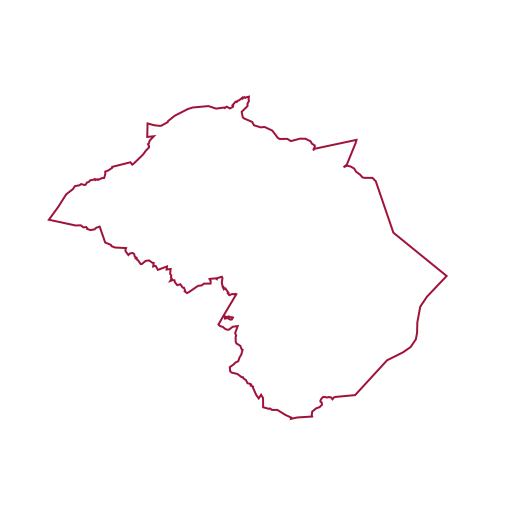 outline of Athlone Lea-5, Westmeath, Ireland, rotated 145°
{"feature_id": "5873133B82984950591493", "entity_name": "Athlone Lea-5", "entity_type": "district", "adm_level": 2, "iso_a3": "IRL", "parent_name": "Ireland", "parent_adm1": "Westmeath", "projection": "natural_earth1", "projection_center": [-7.834, 53.445], "detail": "fine", "context": "isolated", "style": "outline", "palette": "rose", "viewbox_px": 512, "rotation_deg": 145, "n_neighbors": 0, "source": "geoboundaries", "source_scale": "gbopen_adm2", "svg_char_len": 3459}
<svg xmlns="http://www.w3.org/2000/svg" viewBox="0 0 512 512"><g transform="rotate(145 256 256)"><path d="M404.9,404.5L386.3,384.5L381.9,381.6L381.0,378.5L378.5,377.1L378.3,375.6L378.8,375.0L376.7,372.2L372.9,370.4L370.6,370.8L367.2,369.7L371.8,353.6L368.5,348.3L368.7,346.9L366.7,343.9L357.9,337.0L359.7,335.7L360.1,334.5L360.0,330.0L357.7,330.4L355.2,329.1L354.7,327.3L355.6,325.4L355.2,323.9L355.8,323.4L354.9,322.8L355.7,321.8L355.1,320.3L355.1,315.5L353.8,314.9L349.3,315.3L346.2,313.8L344.7,309.8L343.8,309.0L346.2,306.4L344.4,305.9L343.9,305.1L344.3,300.9L334.9,298.5L337.0,296.2L333.4,294.3L336.6,290.6L336.5,288.7L338.1,287.0L338.0,285.8L340.5,284.7L337.9,284.0L336.7,282.8L337.5,281.1L337.2,277.2L334.2,276.3L334.2,272.2L333.2,271.3L333.8,268.7L334.7,268.1L333.8,265.2L331.4,264.9L320.5,264.8L317.5,263.1L314.4,263.2L309.1,259.5L307.5,261.4L307.3,263.8L306.9,263.7L302.0,260.9L301.4,259.5L300.7,260.2L295.9,258.6L296.1,257.2L299.3,253.8L300.6,250.8L300.4,249.9L301.1,249.7L301.4,247.2L299.8,247.5L299.7,247.2L299.7,241.6L300.5,241.6L300.3,239.2L297.2,238.5L296.3,237.4L294.6,236.9L294.0,236.0L316.9,225.7L315.1,222.8L312.9,222.1L312.1,220.5L310.6,219.5L310.2,218.8L311.9,218.0L312.4,217.9L313.7,218.8L314.9,221.5L317.3,222.5L316.7,223.8L317.3,225.5L326.1,221.4L325.6,219.1L323.8,216.9L323.0,213.7L321.3,211.6L320.0,211.2L315.7,211.4L311.2,209.1L317.3,204.8L318.0,202.0L319.1,201.4L321.8,197.4L322.2,195.6L320.4,191.5L321.3,187.6L320.8,186.9L324.4,183.8L327.9,182.2L330.9,180.0L334.0,180.5L336.5,180.0L341.2,180.0L343.2,176.5L342.9,174.6L338.9,170.0L337.3,165.1L336.2,164.1L336.5,163.2L335.4,159.9L335.9,156.6L333.8,154.2L333.7,153.4L334.7,152.8L333.3,150.7L334.0,149.8L335.5,142.2L335.5,137.8L331.4,139.4L331.7,135.6L336.9,128.0L333.1,123.4L331.9,123.0L331.2,120.7L326.8,117.7L323.1,109.0L319.8,103.4L320.8,102.6L314.7,100.0L302.1,92.3L301.6,93.7L299.2,96.3L293.9,96.7L290.7,95.7L287.3,96.3L286.2,98.3L286.8,99.5L286.2,100.6L283.9,101.7L281.6,102.0L278.6,99.1L277.4,98.8L275.8,97.4L275.5,94.8L273.5,95.5L271.6,94.9L254.6,85.2L208.4,95.4L191.0,92.8L181.7,92.7L172.8,96.1L168.1,100.7L161.9,109.1L150.5,120.3L139.3,124.6L111.3,130.3L130.1,196.3L115.0,248.5L115.8,253.2L122.7,258.1L123.8,259.7L124.0,262.7L125.7,267.7L125.4,271.3L127.2,275.1L129.7,277.8L133.3,278.5L129.1,278.8L109.6,291.4L107.1,293.5L146.7,310.3L148.6,309.7L144.9,312.1L144.5,312.8L145.8,316.1L145.5,318.7L148.3,323.7L152.7,326.9L161.5,330.1L163.2,334.0L169.6,338.4L170.4,340.5L170.7,349.4L175.0,356.8L178.4,358.7L182.7,364.3L182.2,368.0L186.8,375.4L187.3,377.1L185.1,382.3L176.9,383.7L175.7,385.6L172.8,387.1L172.3,388.5L170.4,390.6L172.6,391.5L174.0,391.6L174.4,392.8L176.6,392.7L176.3,393.5L180.7,393.2L181.9,393.6L183.4,393.2L183.6,393.9L184.3,394.1L188.7,393.0L188.4,392.4L189.3,391.4L192.7,391.8L194.3,395.1L196.7,395.1L196.8,395.8L204.1,399.6L209.0,406.1L222.6,413.9L227.6,415.5L242.1,417.5L250.5,417.0L251.6,416.3L258.6,417.0L260.1,417.7L264.5,421.6L268.8,426.8L276.8,415.9L271.0,412.7L276.9,411.5L279.3,409.6L280.3,409.6L280.6,407.4L281.4,406.3L285.7,405.5L290.3,403.9L302.9,401.9L305.0,401.8L305.1,404.8L322.7,411.5L323.3,410.7L328.1,410.8L331.1,411.6L332.4,409.6L335.7,407.0L337.5,408.2L340.4,408.6L341.4,409.4L341.9,409.1L342.7,410.2L344.1,410.4L343.9,411.5L346.3,412.0L348.3,413.1L350.4,412.6L352.5,413.1L354.5,412.2L355.5,412.3L358.0,415.2L360.1,415.2L364.2,417.1L367.7,415.8L376.1,415.4L389.7,409.7L404.9,404.5Z" fill="none" stroke="#9f1239" stroke-width="2"/></g></svg>